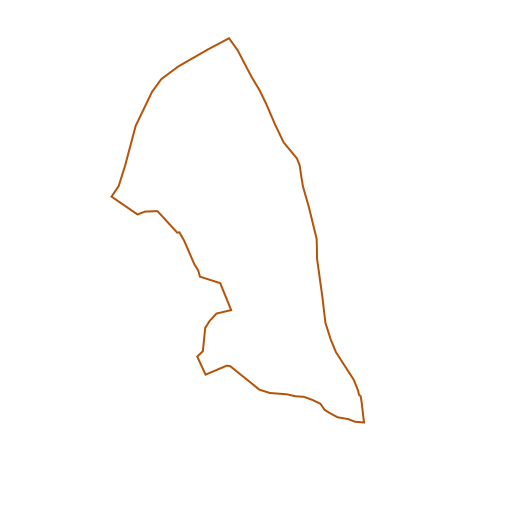 Agatu, Benue, Nigeria, rotated 52°
{"feature_id": "59680162B61995403132351", "entity_name": "Agatu", "entity_type": "district", "adm_level": 2, "iso_a3": "NGA", "parent_name": "Nigeria", "parent_adm1": "Benue", "projection": "albers", "projection_center": [7.948, 7.859], "detail": "fine", "context": "isolated", "style": "outline", "palette": "amber", "viewbox_px": 512, "rotation_deg": 52, "n_neighbors": 0, "source": "geoboundaries", "source_scale": "gbopen_adm2", "svg_char_len": 1043}
<svg xmlns="http://www.w3.org/2000/svg" viewBox="0 0 512 512"><g transform="rotate(52 256 256)"><path d="M120.3,333.3L150.3,323.8L152.7,316.1L160.0,306.0L189.1,303.7L190.2,301.8L199.7,303.2L223.1,309.3L224.6,309.7L231.7,310.4L237.8,312.9L255.4,300.9L283.3,308.9L277.0,322.6L278.6,332.4L281.4,340.3L298.3,356.5L299.1,364.2L318.4,368.8L324.4,346.6L326.8,344.2L363.5,335.6L372.6,329.3L383.9,316.9L390.9,311.2L396.3,305.1L404.2,300.1L412.2,296.2L419.3,296.7L424.4,294.9L433.2,291.1L441.5,283.6L447.5,280.1L453.7,273.4L436.4,262.9L432.4,260.6L430.7,259.9L428.7,260.3L425.4,258.6L414.0,255.2L399.3,253.9L381.0,252.2L367.7,248.5L351.3,242.4L350.2,241.7L345.4,238.8L328.6,228.6L295.6,209.5L285.3,201.7L279.9,197.7L250.6,184.5L229.9,176.1L222.6,172.1L211.3,165.7L204.3,163.7L183.6,164.3L163.9,160.0L143.6,154.6L127.9,151.2L111.9,149.2L104.3,147.8L82.6,143.8L67.8,143.2L64.9,159.5L63.7,166.2L60.2,190.6L58.8,200.6L58.3,221.7L62.7,237.0L79.2,270.4L79.6,271.0L104.5,303.9L116.3,321.1L120.3,333.3Z" fill="none" stroke="#b45309" stroke-width="2"/></g></svg>